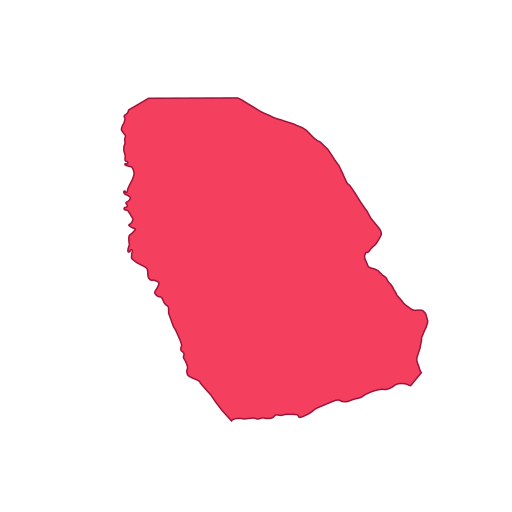 the district of Dolores, Intibucá, Honduras, rotated 59°
{"feature_id": "27666195B32253104626052", "entity_name": "Dolores", "entity_type": "district", "adm_level": 2, "iso_a3": "HND", "parent_name": "Honduras", "parent_adm1": "Intibucá", "projection": "robinson", "projection_center": [-88.358, 14.26], "detail": "fine", "context": "isolated", "style": "filled", "palette": "rose", "viewbox_px": 512, "rotation_deg": 59, "n_neighbors": 0, "source": "geoboundaries", "source_scale": "gbopen_adm2", "svg_char_len": 6122}
<svg xmlns="http://www.w3.org/2000/svg" viewBox="0 0 512 512"><g transform="rotate(59 256 256)"><path d="M111.0,190.4L65.5,266.8L65.2,289.9L66.4,291.2L67.3,292.8L67.6,294.0L67.7,295.8L67.8,296.3L68.1,296.7L68.4,297.1L68.9,297.3L70.5,297.5L71.1,297.7L71.6,298.1L73.7,300.4L74.4,301.4L75.3,303.1L76.0,304.1L77.4,305.6L78.2,306.2L79.1,306.5L82.2,306.3L84.9,305.9L85.5,306.0L85.9,306.1L86.4,306.4L87.2,307.4L87.9,308.1L89.2,308.9L91.0,309.7L91.7,310.1L92.5,310.8L93.4,312.1L94.1,312.7L95.5,313.8L97.3,314.9L98.4,315.3L100.9,315.9L102.7,316.5L103.6,317.0L105.3,318.3L106.4,318.9L106.9,318.9L107.6,318.8L108.0,318.5L108.6,317.9L109.0,317.7L109.6,317.7L110.1,317.9L110.5,318.4L110.6,318.7L110.6,319.1L110.4,319.6L109.7,320.1L109.6,320.6L109.7,321.0L110.2,321.3L110.7,321.2L111.6,320.6L113.3,319.1L115.1,317.2L115.5,316.9L116.1,316.6L117.3,316.6L119.1,316.8L120.9,317.3L122.3,317.9L123.1,318.5L123.8,319.1L125.8,321.3L126.9,322.8L130.0,327.8L132.2,331.0L133.0,331.9L134.2,332.8L134.7,333.4L134.8,333.8L134.8,334.2L134.7,334.5L134.0,334.9L133.1,334.7L132.7,335.1L132.5,335.4L132.5,335.8L132.7,336.1L132.9,336.3L133.9,336.7L134.7,336.6L135.3,336.5L136.3,336.0L137.8,334.9L138.9,334.3L140.5,333.7L141.4,333.7L141.8,334.0L142.1,334.5L142.7,335.5L143.1,336.5L143.2,337.6L143.1,339.0L143.2,339.5L143.4,340.0L143.8,340.3L144.2,340.4L145.3,340.1L146.0,340.1L146.6,340.4L147.1,341.0L147.3,341.5L147.3,342.1L147.2,342.6L146.9,343.4L146.8,343.8L147.0,344.3L147.3,344.7L147.9,344.9L148.7,344.7L149.3,344.3L149.9,343.4L150.4,343.0L150.9,342.6L151.4,342.5L156.3,342.3L160.2,342.4L161.2,342.5L161.4,342.7L161.7,342.9L162.6,344.3L163.4,345.7L163.8,346.9L163.7,348.6L164.0,349.0L164.3,349.2L164.9,349.1L167.6,347.8L168.8,347.0L170.2,345.7L170.6,345.5L171.0,345.6L171.2,345.8L172.2,348.8L172.7,350.9L173.0,353.6L173.3,354.2L173.6,354.6L175.0,355.7L176.8,356.8L178.4,357.6L180.4,358.4L181.1,358.8L181.8,359.5L182.9,360.8L183.9,361.9L185.1,362.9L186.1,363.4L186.5,363.4L186.9,363.2L187.2,362.9L187.3,362.5L187.3,362.1L187.2,361.7L187.0,361.4L186.4,360.9L186.2,360.3L186.2,359.9L186.3,359.6L186.6,359.3L186.9,359.1L187.3,359.1L187.7,359.2L190.7,361.8L193.0,363.4L193.6,363.7L194.2,363.8L196.8,363.0L200.4,361.6L201.7,360.8L206.8,357.6L209.4,356.2L210.4,356.0L211.2,356.0L213.4,356.8L214.5,357.3L216.4,358.4L217.8,359.0L218.7,359.2L219.7,359.4L221.1,359.2L222.1,358.8L222.7,358.4L223.0,357.9L223.9,356.3L224.4,355.7L225.2,355.1L226.3,354.2L227.4,353.6L228.3,353.2L228.9,353.1L229.6,353.4L230.5,354.3L231.6,355.8L232.6,357.4L233.8,359.8L234.3,360.7L234.9,361.4L235.6,361.8L236.3,361.9L237.5,361.8L238.5,361.6L239.5,361.2L240.6,360.5L241.9,359.0L242.4,358.6L243.0,358.4L244.6,358.3L247.4,358.7L249.4,358.8L251.4,358.4L253.6,357.5L254.5,357.4L255.5,357.8L256.9,358.5L259.8,360.2L261.1,360.6L265.4,361.4L272.7,362.9L274.2,363.1L278.0,363.1L282.8,363.6L288.9,364.4L293.2,365.3L293.8,365.5L294.5,365.9L296.1,367.8L296.9,368.3L297.6,368.7L298.2,368.8L298.9,368.8L299.6,368.6L301.0,368.0L301.6,367.9L302.4,368.0L303.1,368.3L303.6,368.6L304.8,370.0L305.7,370.5L306.8,370.6L309.1,370.6L311.0,370.8L313.9,371.3L315.9,371.9L317.0,372.5L318.3,374.1L319.4,374.9L321.1,375.5L322.8,375.9L323.8,375.7L325.5,374.8L327.8,373.4L332.2,370.1L333.6,369.4L334.8,369.0L335.4,369.0L336.1,369.2L347.4,367.2L351.6,366.3L360.3,365.8L371.3,364.6L384.8,361.9L384.5,361.3L384.3,360.7L384.3,360.1L384.4,359.2L384.9,357.3L386.0,355.0L387.4,352.6L389.1,350.7L389.7,349.9L391.9,345.0L393.5,341.7L394.3,340.7L395.8,339.5L396.7,338.3L397.2,337.2L397.5,335.3L398.0,334.1L398.7,332.9L400.1,331.5L400.9,330.3L401.7,329.0L402.4,327.5L402.9,326.2L403.1,325.1L403.1,324.0L402.6,322.6L402.5,321.8L402.5,320.9L402.9,320.0L403.4,319.2L404.6,318.1L405.2,317.3L406.0,315.4L406.8,312.7L407.4,311.4L410.5,306.3L412.1,304.0L413.1,302.7L413.6,302.3L414.4,302.0L414.9,302.0L415.6,302.3L416.2,302.2L416.8,301.8L417.1,300.9L417.6,299.3L417.9,297.6L418.2,294.2L418.4,291.6L418.3,288.7L417.7,284.5L417.7,282.4L419.4,270.1L420.2,264.9L420.7,262.2L421.3,260.6L422.3,259.0L423.0,258.4L424.4,257.7L425.3,256.9L426.8,254.7L427.4,253.7L427.8,252.7L428.2,250.9L429.1,246.2L429.8,243.8L430.7,241.1L431.2,239.2L431.3,237.7L431.1,234.9L431.1,232.7L431.7,227.9L432.4,224.3L433.3,221.0L434.6,217.7L435.4,216.2L436.6,214.7L437.1,213.8L437.6,212.7L438.0,211.2L438.4,209.0L438.5,206.8L438.5,205.5L438.2,203.6L438.2,202.7L438.4,201.3L438.8,200.0L439.4,198.5L440.3,196.9L441.3,195.4L442.7,193.6L443.8,192.6L445.8,191.3L446.8,190.2L441.2,174.4L438.3,174.3L434.3,173.3L430.5,172.6L428.2,171.9L426.5,170.8L425.9,170.3L424.9,169.2L420.7,164.3L419.6,163.0L413.4,157.5L412.6,156.9L411.6,156.5L411.2,156.1L409.5,153.7L407.1,150.5L405.6,148.2L404.7,146.8L401.9,143.7L400.7,142.6L400.4,142.4L396.4,141.2L393.3,140.4L391.8,140.4L390.0,140.8L388.7,141.3L388.0,141.8L387.5,142.3L385.7,145.2L384.4,147.9L383.9,148.5L383.3,149.0L382.1,149.9L380.8,150.6L374.7,153.2L372.4,153.8L368.1,154.3L364.0,155.1L362.4,155.5L361.9,155.5L361.0,155.2L360.1,155.1L357.8,155.1L356.3,155.3L354.3,155.0L351.9,154.9L349.5,155.1L347.1,155.8L344.9,155.9L342.3,155.7L341.3,155.8L339.6,156.4L337.6,157.4L331.7,158.9L331.0,159.1L327.9,161.3L325.7,163.4L324.7,164.2L323.2,165.1L322.6,165.2L317.5,164.4L315.0,164.2L312.3,163.2L312.0,163.0L311.4,162.4L310.7,161.5L310.0,160.8L309.7,160.2L309.7,159.7L310.2,159.2L310.3,158.8L310.4,157.9L310.2,156.9L309.9,155.8L309.2,154.4L308.9,153.6L308.3,151.1L307.8,148.3L307.5,147.1L307.0,146.0L305.7,143.4L303.5,139.5L302.5,138.1L301.9,137.4L301.0,136.9L300.0,136.5L298.5,136.2L297.1,136.1L295.2,136.3L284.2,137.9L282.3,138.1L280.4,138.0L275.0,137.7L271.1,138.1L263.5,138.6L261.4,138.6L253.6,138.7L247.9,139.0L244.0,139.3L242.8,139.6L241.4,140.2L240.2,140.4L232.7,139.6L229.1,139.1L221.5,138.4L213.1,139.1L209.6,139.1L201.4,139.5L196.2,141.0L192.1,142.0L190.5,142.7L189.4,143.6L188.9,144.0L187.4,144.5L185.8,145.2L183.9,145.8L174.5,148.0L170.1,150.1L168.5,151.2L165.2,153.8L162.8,155.3L161.7,156.2L154.0,163.0L152.1,164.5L149.9,166.7L147.5,168.7L146.1,169.8L142.3,172.2L137.5,175.7L134.9,177.4L132.6,178.7L128.5,180.7L119.7,185.4L115.6,187.4L113.0,189.0L111.0,190.4Z" fill="#f43f5e" stroke="#9f1239" stroke-width="1.5"/></g></svg>